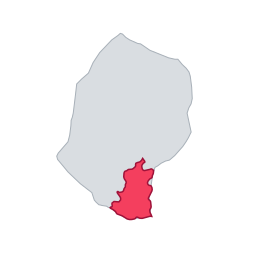 Quthing highlighted on a map of Lesotho, rotated 339°
{"feature_id": "LSO-1205", "entity_name": "Quthing", "entity_type": "District", "adm_level": 1, "iso_a3": "LSO", "parent_name": "Lesotho", "parent_adm1": "", "projection": "equal_earth", "projection_center": [27.994, -30.33], "detail": "fine", "context": "in_parent", "style": "filled", "palette": "rose", "viewbox_px": 256, "rotation_deg": 339, "n_neighbors": 0, "source": "natural_earth", "source_scale": "10m", "svg_char_len": 2666}
<svg xmlns="http://www.w3.org/2000/svg" viewBox="0 0 256 256"><g transform="rotate(339 128 128)"><path d="M161.7,170.5L155.8,172.6L155.0,172.8L151.2,172.3L146.2,172.8L142.2,174.0L139.1,174.4L134.1,180.7L124.9,197.4L122.5,200.9L121.8,207.4L119.7,212.6L117.1,216.7L114.6,217.7L106.9,216.1L97.2,214.0L91.5,208.9L86.5,202.3L83.8,197.5L81.0,194.9L80.1,193.4L76.1,191.1L74.6,190.0L73.3,189.2L71.7,186.0L70.7,183.2L71.1,175.4L68.3,170.8L63.5,162.9L60.4,156.4L56.2,147.5L53.7,140.0L51.0,132.1L51.4,128.7L53.9,126.4L61.2,122.5L67.0,119.4L71.0,113.8L75.5,105.4L77.7,100.4L79.8,98.1L82.2,94.5L86.4,86.6L91.0,77.9L95.9,68.5L102.2,65.7L110.7,62.6L118.9,54.4L128.7,47.4L144.5,39.9L151.9,38.0L154.7,36.9L156.5,38.3L158.4,42.6L161.0,46.2L167.3,52.5L169.9,54.0L176.3,63.3L183.2,69.7L191.0,77.0L196.4,80.6L199.2,81.7L201.4,88.2L203.7,93.0L205.0,97.5L204.7,101.9L202.1,112.6L198.5,123.6L195.5,128.1L192.0,131.0L188.5,135.3L187.1,144.1L185.5,154.4L180.9,158.7L177.4,161.5L172.5,164.9L161.7,170.5Z" fill="#d9dde1" stroke="#a8b0b8" stroke-width="1"/><path d="M136.7,176.7L135.6,179.1L134.6,180.3L133.9,180.9L133.1,182.2L132.7,182.8L132.0,183.1L130.1,183.4L128.9,184.0L127.5,184.9L126.5,186.2L126.4,187.9L127.1,189.1L128.1,189.6L128.8,190.3L129.0,192.3L128.5,194.2L127.7,195.4L122.1,200.5L121.6,201.5L121.7,202.2L122.5,203.7L122.7,204.6L122.6,205.3L121.5,209.4L121.3,209.9L120.8,210.7L120.2,211.2L119.7,211.6L119.1,212.0L118.7,212.8L118.3,214.6L118.4,216.0L118.5,217.4L118.5,219.1L117.0,218.3L109.2,217.5L107.8,217.0L106.5,216.3L105.9,215.7L105.4,215.1L104.8,214.6L104.1,214.3L103.5,214.4L102.3,215.1L101.6,215.2L98.9,214.8L96.6,214.0L94.6,212.6L91.1,207.9L87.1,204.4L86.7,203.7L86.6,202.9L86.5,202.1L86.3,201.3L84.7,198.7L83.0,196.8L82.8,195.9L83.7,195.6L84.4,195.8L84.9,195.7L85.4,195.0L85.8,193.1L86.3,192.3L88.6,191.6L93.0,193.7L95.3,192.5L96.0,190.8L95.9,189.2L95.0,185.8L94.8,184.9L94.8,184.2L95.1,183.7L95.7,183.6L96.0,183.8L96.5,184.7L96.7,185.0L98.9,185.5L100.1,185.5L101.2,185.0L101.5,184.7L102.6,183.2L104.4,182.0L104.6,181.5L105.0,180.5L105.2,180.0L105.5,179.6L106.3,178.9L106.6,178.6L107.0,177.5L106.9,176.5L106.4,174.3L106.4,173.0L106.6,171.9L108.0,168.9L108.5,168.2L109.0,167.7L109.7,167.3L111.5,167.4L113.2,166.9L113.7,166.9L117.1,167.9L118.3,167.7L120.6,166.9L121.5,166.2L121.9,165.0L122.6,163.8L124.1,163.6L126.9,163.9L129.1,163.0L130.8,161.6L131.3,163.6L131.7,165.1L131.5,165.8L131.2,166.1L129.9,166.2L127.9,167.5L127.4,168.1L127.1,168.8L126.8,170.2L126.7,171.0L126.7,171.6L126.8,172.2L127.1,172.8L127.5,173.3L128.3,173.7L133.9,174.5L134.4,174.5L134.8,174.4L135.2,174.6L135.5,174.8L136.7,176.7L136.7,176.7Z" fill="#f43f5e" stroke="#9f1239" stroke-width="1.5"/></g></svg>